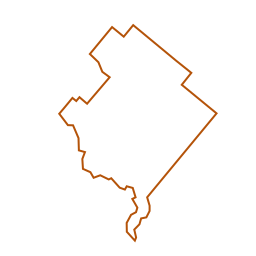 the district of Washington, Florida, United States of America, rotated 309°
{"feature_id": "52423323B12905112958239", "entity_name": "Washington", "entity_type": "district", "adm_level": 2, "iso_a3": "USA", "parent_name": "United States of America", "parent_adm1": "Florida", "projection": "orthographic", "projection_center": [-85.799, 30.61], "detail": "fine", "context": "isolated", "style": "outline", "palette": "amber", "viewbox_px": 256, "rotation_deg": 309, "n_neighbors": 0, "source": "geoboundaries", "source_scale": "gbopen_adm2", "svg_char_len": 715}
<svg xmlns="http://www.w3.org/2000/svg" viewBox="0 0 256 256"><g transform="rotate(309 128 128)"><path d="M89.0,95.9L79.7,103.9L82.2,109.7L75.2,112.0L67.9,118.7L70.0,126.6L67.7,132.6L73.8,136.2L75.9,145.4L78.4,146.6L76.4,159.1L78.2,164.3L81.9,163.7L84.4,169.4L78.9,177.5L75.6,176.0L72.0,185.4L67.6,187.2L62.5,185.0L53.4,186.7L46.6,192.4L44.8,204.2L48.0,203.2L53.0,196.8L60.4,197.5L66.0,195.1L70.1,198.5L77.1,197.0L81.2,193.7L86.2,186.5L195.1,187.6L195.4,142.6L210.7,142.5L210.6,122.8L211.2,67.3L196.3,67.2L196.4,52.1L161.5,51.8L160.5,63.6L155.5,72.7L155.9,81.8L121.1,80.9L121.4,70.9L116.4,70.8L116.4,65.9L105.1,65.8L95.8,65.6L92.4,79.5L95.5,83.6L89.0,95.9Z" fill="none" stroke="#b45309" stroke-width="2"/></g></svg>